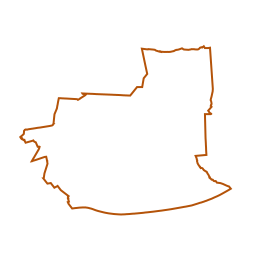 Heusden, Noord-Brabant, Netherlands (Natural Earth projection), rotated 184°
{"feature_id": "6326949B43873207843171", "entity_name": "Heusden", "entity_type": "district", "adm_level": 2, "iso_a3": "NLD", "parent_name": "Netherlands", "parent_adm1": "Noord-Brabant", "projection": "natural_earth1", "projection_center": [5.16, 51.689], "detail": "fine", "context": "isolated", "style": "outline", "palette": "amber", "viewbox_px": 256, "rotation_deg": 184, "n_neighbors": 0, "source": "geoboundaries", "source_scale": "gbopen_adm2", "svg_char_len": 5212}
<svg xmlns="http://www.w3.org/2000/svg" viewBox="0 0 256 256"><g transform="rotate(184 128 128)"><path d="M151.9,43.1L146.8,42.2L144.9,41.9L143.1,41.7L141.3,41.5L139.5,41.4L137.6,41.3L135.8,41.2L134.0,41.2L132.2,41.2L130.4,41.2L128.5,41.3L126.7,41.5L124.9,41.7L123.1,42.0L121.2,42.2L117.6,42.8L115.8,43.0L114.0,43.3L112.1,43.6L108.5,44.2L106.7,44.5L104.9,44.9L103.0,45.2L97.0,46.3L92.1,47.3L88.5,48.0L86.7,48.4L83.0,49.2L79.4,50.0L67.8,52.9L66.7,53.2L64.9,53.6L59.0,55.2L52.9,57.6L51.0,58.4L50.3,58.6L49.7,58.8L46.8,60.0L46.0,60.4L44.7,60.9L43.1,61.7L41.6,62.4L39.6,63.3L37.1,64.7L34.2,66.2L32.1,67.4L31.6,67.7L29.4,69.1L26.2,71.2L23.5,73.0L21.2,74.6L22.3,75.8L23.3,76.8L24.1,76.9L25.4,77.3L29.4,78.8L32.0,79.5L35.5,79.7L36.4,80.7L36.6,81.0L36.8,81.2L37.0,81.2L38.1,81.0L38.4,81.1L38.8,81.2L39.2,81.6L39.7,82.2L40.0,82.4L40.6,82.3L41.0,82.3L41.3,82.7L41.7,83.0L42.1,83.2L42.6,83.6L43.0,83.9L42.7,84.1L43.1,84.8L43.4,85.2L43.7,85.4L43.9,85.9L44.1,86.2L44.4,86.8L44.8,87.3L45.2,87.8L45.6,88.2L46.1,89.4L46.2,89.5L46.5,89.7L46.6,89.8L46.8,90.0L47.0,90.0L47.3,90.1L47.5,90.2L49.0,91.1L49.3,91.2L49.4,91.4L49.8,91.7L50.4,92.5L50.6,92.7L50.9,93.0L51.1,93.1L51.9,93.3L52.0,93.3L52.4,93.3L52.7,93.1L52.8,93.2L52.9,93.5L53.4,93.9L53.5,94.0L53.4,94.3L53.5,94.5L53.8,94.7L54.1,94.9L54.4,95.2L55.1,96.1L55.4,96.6L55.6,96.8L56.1,97.7L56.2,97.8L56.2,98.0L56.6,99.1L56.7,99.3L56.8,99.5L56.8,100.0L56.7,100.2L56.7,100.4L56.7,100.6L56.9,100.9L57.1,101.1L57.2,101.3L57.2,101.8L57.3,102.1L57.4,102.3L57.5,102.6L57.6,102.9L58.0,103.6L58.2,104.0L58.3,104.2L58.4,104.5L58.6,104.9L47.9,106.6L48.5,111.2L48.8,114.1L49.1,116.4L49.3,118.3L49.7,121.5L49.9,123.0L50.1,125.0L52.2,147.2L46.5,147.6L46.3,147.8L46.0,147.9L46.0,148.0L46.6,148.3L47.7,149.0L49.2,150.9L46.1,155.0L46.3,155.4L47.0,155.8L46.7,157.1L46.3,157.8L46.6,159.3L47.0,160.7L47.5,161.6L47.3,163.1L47.2,163.6L46.9,164.9L46.4,168.4L46.1,170.4L46.1,170.6L46.1,172.3L46.1,172.9L50.6,205.2L51.8,213.8L53.7,213.3L56.9,213.1L58.1,214.8L58.3,214.6L58.5,214.4L59.6,213.5L59.9,213.8L61.4,213.3L61.5,213.2L61.8,213.0L61.8,212.9L62.7,211.9L63.0,211.7L63.4,211.4L63.9,211.2L64.0,211.2L64.5,211.2L65.0,211.1L65.9,211.1L66.3,211.1L66.5,211.1L66.9,211.1L67.1,211.2L67.3,211.2L69.6,211.1L69.8,211.1L70.0,211.1L71.1,210.7L72.0,210.5L72.7,210.3L73.0,210.2L73.5,210.2L75.7,210.2L77.3,210.2L77.7,210.3L77.9,210.3L78.1,210.3L78.3,210.4L79.3,211.1L79.5,211.2L79.8,211.2L80.0,211.1L80.9,210.7L81.8,210.3L83.0,209.8L83.4,209.7L83.7,209.6L84.0,209.5L85.3,209.3L85.4,209.2L85.6,209.2L86.0,208.9L86.3,208.8L86.5,208.7L86.9,208.5L87.0,208.4L87.2,208.2L87.4,208.1L87.7,207.9L87.9,207.9L88.4,207.7L88.9,207.6L89.4,207.4L90.5,207.1L91.2,206.9L91.5,206.9L91.9,206.8L92.8,206.7L93.8,206.7L94.2,206.6L94.9,206.6L95.8,206.5L96.3,206.5L96.8,206.4L97.5,206.4L98.0,206.4L99.3,206.4L99.8,206.4L100.0,206.4L100.3,206.4L100.6,206.5L100.5,206.2L101.4,206.3L102.2,206.4L102.5,206.5L105.1,207.1L105.3,207.1L106.7,207.9L108.4,208.0L113.2,208.1L113.3,207.9L113.5,207.8L115.0,207.8L119.7,208.1L115.1,191.9L112.6,183.3L115.8,178.7L116.7,169.8L121.8,169.5L126.8,162.3L128.1,160.5L134.7,160.3L136.4,160.3L136.5,160.3L138.1,160.3L145.4,160.1L145.8,160.1L149.3,160.0L162.0,159.6L163.8,159.6L164.5,159.6L174.8,159.3L175.9,159.3L175.7,159.0L175.4,158.9L174.0,158.7L173.8,158.6L172.8,158.1L172.7,158.1L172.8,158.0L173.0,157.7L178.0,154.0L178.0,153.9L179.7,152.7L179.9,152.6L180.1,152.8L180.3,153.0L180.6,153.1L180.8,153.2L181.2,153.2L181.4,153.2L190.9,153.1L195.2,153.0L197.4,153.0L199.1,152.9L199.6,149.1L199.9,146.0L200.0,145.7L200.3,142.5L200.4,142.4L200.4,142.2L202.3,136.6L202.3,136.4L202.4,133.8L202.6,127.3L202.7,127.2L202.8,126.7L202.7,126.7L203.0,126.3L203.2,125.8L203.3,125.7L203.7,125.4L203.9,125.3L204.0,125.2L206.1,124.6L206.9,124.4L208.2,124.1L215.9,122.3L218.1,121.9L220.9,121.2L221.9,121.0L222.6,120.8L224.1,120.5L227.6,119.7L227.8,119.6L228.0,119.5L228.2,119.4L228.6,119.4L228.8,119.4L229.1,119.3L229.5,119.4L229.9,119.4L230.7,119.0L230.7,118.9L231.5,117.9L231.5,115.3L231.5,115.1L231.5,114.9L231.8,114.5L232.7,113.5L233.4,112.8L233.7,112.5L234.0,112.2L234.8,111.6L234.8,111.4L234.7,111.3L234.0,110.3L233.4,109.7L233.3,109.8L232.9,110.3L232.8,110.2L232.7,110.1L231.7,108.8L231.6,108.7L231.4,108.6L231.2,108.6L230.5,108.9L229.8,107.3L229.8,107.2L229.2,106.5L229.2,106.4L229.1,106.2L222.6,108.5L222.1,108.7L221.6,109.0L220.8,108.1L220.6,107.9L220.3,107.8L220.0,107.6L219.3,107.4L219.0,107.3L216.8,103.0L215.5,103.2L215.2,103.2L214.9,103.1L215.1,101.9L215.3,101.3L215.5,100.7L215.6,100.4L219.7,92.1L220.2,91.2L221.7,88.1L221.3,88.2L220.9,88.5L217.5,89.8L209.2,93.3L207.6,93.6L206.6,90.2L206.3,89.6L206.2,89.5L206.2,89.3L206.4,89.3L205.8,86.8L206.6,83.4L208.2,76.8L208.5,72.5L208.6,72.0L209.0,71.9L208.9,71.8L206.7,69.3L204.5,66.9L201.2,67.7L199.8,66.1L198.7,64.9L197.3,63.3L194.7,64.9L194.2,65.3L190.7,61.3L182.5,55.9L182.8,55.5L183.0,55.3L183.1,55.2L182.6,53.6L183.0,53.5L181.8,50.4L182.9,49.9L182.0,48.2L178.1,43.8L175.2,44.4L173.4,44.7L171.3,45.1L169.9,45.3L168.3,45.5L167.7,45.6L167.2,45.6L166.4,45.7L165.7,45.7L165.1,45.8L164.3,45.7L163.2,45.7L162.6,45.6L161.6,45.5L160.8,45.3L159.0,45.0L158.3,44.8L157.8,44.7L155.5,44.0L154.8,43.8L154.1,43.6L151.9,43.1Z" fill="none" stroke="#b45309" stroke-width="2"/></g></svg>